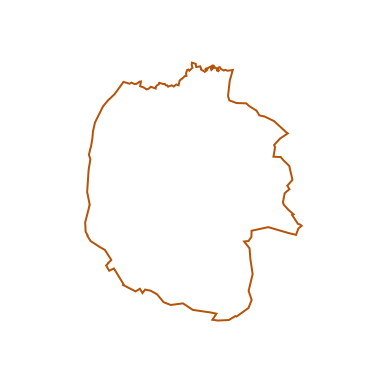 Belleh, Gbapolu, Liberia, rotated 239°
{"feature_id": "62588387B94232483093280", "entity_name": "Belleh", "entity_type": "district", "adm_level": 2, "iso_a3": "LBR", "parent_name": "Liberia", "parent_adm1": "Gbapolu", "projection": "equal_earth", "projection_center": [-9.866, 7.529], "detail": "fine", "context": "isolated", "style": "outline", "palette": "amber", "viewbox_px": 384, "rotation_deg": 239, "n_neighbors": 0, "source": "geoboundaries", "source_scale": "gbopen_adm2", "svg_char_len": 3242}
<svg xmlns="http://www.w3.org/2000/svg" viewBox="0 0 384 384"><g transform="rotate(239 192 192)"><path d="M321.7,190.0L321.3,189.1L319.8,185.7L315.7,175.8L314.7,171.3L313.8,167.1L311.3,160.0L310.2,158.2L307.8,154.5L304.4,149.1L301.5,144.6L294.9,138.3L289.5,134.4L283.3,129.1L282.0,127.8L281.3,127.0L280.7,126.4L277.0,122.8L273.5,122.0L272.5,121.8L268.9,118.8L268.6,118.5L264.5,115.0L250.7,105.4L245.8,102.0L244.2,101.5L233.6,97.7L233.3,97.4L233.3,97.1L232.0,96.0L221.0,84.8L215.2,81.7L214.7,81.4L212.8,80.4L208.5,80.2L208.3,79.7L203.4,79.8L202.3,79.8L201.4,80.2L201.0,80.4L198.1,81.8L192.0,84.8L189.6,86.2L189.0,86.5L187.2,87.5L186.6,87.5L185.0,87.6L180.5,87.7L175.3,87.8L175.2,87.5L175.0,86.9L174.9,86.5L174.5,83.9L174.1,83.8L173.3,80.6L169.2,80.5L168.6,80.5L167.3,80.5L167.1,80.5L166.9,83.3L166.6,85.7L163.8,85.7L150.0,85.8L148.0,85.8L147.8,85.8L147.7,85.1L135.9,92.4L135.9,97.5L130.9,97.5L132.5,101.6L128.7,105.7L122.2,109.4L112.2,110.9L106.1,115.6L103.3,122.1L102.6,123.6L101.2,126.9L90.5,132.0L78.9,146.2L75.1,150.3L72.0,143.7L70.8,145.2L68.6,147.8L63.3,157.6L63.3,165.2L62.3,166.1L63.5,180.7L68.7,187.5L78.1,189.6L90.4,201.7L104.2,207.4L114.1,212.3L122.7,211.2L120.9,215.2L122.9,219.8L128.1,223.1L122.6,239.3L107.2,253.5L101.7,259.1L106.0,264.5L106.5,268.5L108.3,268.0L110.1,266.4L114.7,266.2L120.8,266.0L120.6,267.5L126.8,265.5L134.1,264.1L136.4,264.7L143.2,270.8L143.7,273.7L144.2,277.0L148.3,276.9L149.6,281.0L150.6,284.3L154.1,285.5L157.3,286.5L164.2,288.8L172.2,286.7L176.2,286.1L180.3,280.0L186.1,285.0L187.6,286.3L190.0,286.6L192.1,293.7L192.5,295.2L192.6,297.7L192.9,304.3L195.0,303.4L210.4,298.9L215.5,295.6L219.3,293.1L223.0,289.2L228.4,289.2L236.2,285.3L240.1,284.1L245.4,275.9L251.3,271.2L255.7,272.3L268.0,281.7L275.6,289.8L276.1,288.4L277.4,285.5L277.7,284.9L279.6,283.4L279.8,281.8L282.4,280.3L284.3,279.9L284.6,280.0L284.6,279.8L284.9,279.7L284.9,278.3L284.6,277.8L284.6,277.4L284.2,277.2L282.4,277.7L282.0,276.9L282.7,276.4L283.2,276.0L284.8,276.6L286.5,276.3L287.3,274.2L286.9,272.4L286.7,271.5L287.5,271.7L288.1,271.9L288.2,272.9L288.4,274.2L287.9,275.1L287.7,275.5L289.1,275.7L289.9,274.7L289.8,273.6L289.7,272.7L290.0,271.0L290.0,269.8L289.9,269.3L290.3,268.6L290.6,267.3L290.2,266.7L288.8,267.6L288.4,265.4L288.7,265.0L288.6,264.8L288.9,264.7L292.3,262.8L293.1,263.3L295.5,263.8L296.8,260.3L297.0,260.0L299.0,260.8L299.9,261.2L302.9,258.6L302.1,257.9L301.4,257.4L300.4,257.0L298.1,256.3L298.1,255.7L298.1,255.2L297.3,252.2L298.8,252.0L299.1,250.7L298.5,250.0L297.1,248.4L296.6,247.9L294.4,247.0L294.5,246.8L294.5,246.7L295.1,245.3L294.5,243.3L293.9,238.8L293.8,238.7L290.4,235.5L291.1,234.9L292.3,233.9L292.0,232.0L291.8,230.7L292.5,230.3L292.9,230.1L293.9,229.5L294.5,226.4L294.6,225.8L295.4,225.8L296.2,225.7L296.7,224.7L297.0,224.4L298.6,224.4L299.3,223.1L300.7,221.7L302.3,220.4L302.2,220.2L302.4,220.0L302.1,219.7L301.4,219.0L301.4,217.6L301.4,216.9L300.9,215.4L300.5,215.1L299.4,214.1L300.1,213.6L303.4,210.9L303.2,209.8L302.9,208.1L303.3,206.0L306.7,204.3L307.1,203.9L309.4,202.0L312.6,204.8L313.0,204.4L313.2,204.7L313.4,204.1L313.5,204.0L313.5,203.5L313.3,199.9L314.0,198.4L315.1,197.7L316.9,196.5L317.0,194.8L317.1,194.1L318.5,192.8L321.7,190.0Z" fill="none" stroke="#b45309" stroke-width="2"/></g></svg>